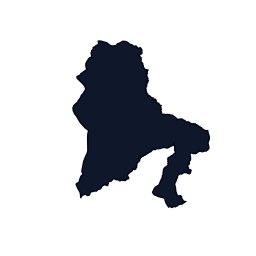 the district of Giron, Azuay, Ecuador, rotated 246°
{"feature_id": "8360857B7998826994941", "entity_name": "Giron", "entity_type": "district", "adm_level": 2, "iso_a3": "ECU", "parent_name": "Ecuador", "parent_adm1": "Azuay", "projection": "albers", "projection_center": [-79.183, -3.175], "detail": "fine", "context": "isolated", "style": "filled", "palette": "ink", "viewbox_px": 256, "rotation_deg": 246, "n_neighbors": 0, "source": "geoboundaries", "source_scale": "gbopen_adm2", "svg_char_len": 5785}
<svg xmlns="http://www.w3.org/2000/svg" viewBox="0 0 256 256"><g transform="rotate(246 128 128)"><path d="M83.2,56.3L84.5,57.5L84.6,58.2L85.1,58.8L85.0,59.6L85.2,60.4L84.9,61.8L84.3,62.8L82.9,63.4L82.6,65.2L82.7,65.8L84.1,66.7L85.0,68.2L84.5,69.1L83.9,72.6L83.3,73.2L84.1,76.3L84.0,76.8L83.7,77.1L83.7,78.0L84.2,79.0L85.0,80.0L85.4,80.3L85.8,82.9L85.5,84.0L84.0,85.5L83.9,86.0L85.1,87.0L85.2,87.3L85.9,87.5L86.8,88.6L86.8,90.1L86.3,90.7L86.8,91.0L86.7,91.7L86.9,92.6L87.7,93.4L87.5,94.1L86.7,95.4L86.0,95.9L85.8,96.4L85.4,96.6L85.0,97.7L83.2,99.0L83.0,99.4L83.2,101.0L82.5,101.5L82.5,101.9L82.1,102.2L82.1,103.4L81.2,103.8L81.7,106.3L81.5,107.8L82.1,108.3L85.0,108.1L85.8,108.9L86.9,112.3L86.9,113.7L87.5,114.6L88.2,114.6L88.5,115.1L88.4,115.9L87.4,117.0L87.4,118.1L87.9,118.4L88.5,119.8L89.7,120.2L90.1,120.7L92.1,121.7L92.2,122.4L92.8,123.2L92.8,124.3L93.4,124.6L93.8,125.6L94.6,125.9L95.3,127.1L96.3,127.5L95.9,128.7L96.3,129.4L96.2,130.7L96.5,131.1L96.3,132.3L96.9,135.6L96.8,136.1L97.3,137.1L97.1,138.3L97.3,139.5L98.0,141.1L98.2,142.5L97.9,143.2L97.3,143.7L97.4,146.1L96.9,147.0L96.4,148.8L96.1,149.0L96.2,150.8L95.8,151.5L96.0,152.3L95.2,153.8L94.6,154.4L93.7,155.9L93.7,157.6L94.1,159.4L93.8,161.7L94.8,163.2L94.1,163.0L92.6,163.3L91.0,162.9L89.5,161.9L86.0,161.3L85.7,160.4L85.8,159.7L85.0,158.3L85.0,156.3L84.4,154.9L84.5,153.9L84.2,153.6L84.5,152.9L84.1,152.2L83.7,152.1L83.1,151.6L81.8,151.3L81.2,150.9L79.8,150.6L79.3,150.0L78.4,149.9L77.8,149.5L77.3,148.3L77.1,147.0L76.9,146.5L76.9,145.9L76.3,144.5L74.8,143.1L72.6,141.8L71.3,141.4L70.2,139.8L68.8,139.5L68.5,138.8L67.1,137.2L63.4,133.2L63.1,132.2L63.0,130.2L62.4,128.2L61.6,127.0L59.3,124.4L58.8,124.3L56.6,124.7L52.7,128.3L50.4,131.4L48.7,133.0L46.6,132.5L43.6,132.3L39.3,133.0L39.4,134.4L38.2,135.3L37.5,136.0L37.8,137.1L37.3,138.4L36.8,139.3L37.0,140.3L36.8,141.2L37.3,142.7L37.3,144.8L36.7,146.1L36.6,147.2L37.1,148.0L37.1,149.5L37.4,150.5L38.7,148.6L39.3,148.8L42.1,148.4L43.3,148.9L44.8,148.4L45.5,146.2L45.8,145.7L46.3,145.5L50.3,145.8L52.6,146.4L53.7,146.9L58.0,147.7L60.2,150.4L61.5,151.4L62.4,152.6L63.2,153.3L64.3,153.7L65.1,156.5L64.2,158.3L64.3,159.4L64.6,160.0L64.5,161.4L63.8,162.6L63.5,163.5L62.5,164.0L61.3,165.3L61.3,166.0L61.5,166.5L63.7,168.4L64.7,167.7L65.7,166.3L66.2,166.3L66.8,166.8L67.9,167.0L68.4,166.5L68.8,166.4L69.6,167.5L70.0,169.0L71.0,169.7L72.6,170.2L72.9,171.2L73.7,172.2L75.0,172.7L75.7,173.2L76.4,173.0L77.0,173.5L78.7,173.8L79.4,174.3L79.8,175.3L77.9,177.6L77.9,179.0L77.3,179.0L77.1,180.1L77.1,180.5L77.8,181.5L77.6,182.6L78.2,183.6L78.1,184.1L77.5,184.2L77.2,185.3L76.6,185.5L76.0,186.6L75.9,188.3L75.2,190.1L75.7,192.1L76.5,193.5L77.7,194.0L81.5,194.8L83.5,196.2L83.9,197.0L86.0,198.3L87.7,198.8L91.2,199.2L93.2,199.7L93.8,198.1L95.6,196.3L96.4,196.0L97.5,195.1L98.3,195.2L98.8,194.4L99.8,194.2L100.8,193.2L101.3,193.1L102.0,192.6L102.4,191.8L102.9,192.1L103.7,191.0L104.2,191.1L104.2,190.7L104.5,190.6L104.5,190.4L104.7,190.2L104.7,189.5L105.3,189.6L105.5,189.4L105.4,188.5L105.6,188.2L107.2,186.7L108.3,186.3L109.3,185.1L109.4,184.3L110.2,183.3L110.7,183.3L112.0,182.6L112.7,181.7L113.2,181.6L113.9,180.9L114.3,180.9L115.8,176.5L118.3,175.6L119.8,174.6L121.3,174.0L122.9,171.5L123.6,171.1L123.8,170.0L124.5,169.4L124.7,167.9L125.8,166.7L125.9,166.2L125.5,165.7L126.2,165.4L126.3,164.6L127.3,164.2L127.8,164.1L127.8,164.6L128.7,164.9L129.3,165.0L129.6,164.7L130.5,164.5L130.9,164.9L131.1,165.9L131.7,166.0L132.4,165.8L133.2,166.3L134.8,166.7L135.0,167.2L136.1,166.3L137.0,166.0L137.6,165.9L138.0,166.1L139.7,164.1L141.6,164.9L142.9,164.7L143.5,164.2L143.6,163.1L144.0,162.3L144.5,162.7L144.9,162.8L145.2,163.1L145.5,162.5L146.5,161.7L147.8,161.0L148.3,160.9L148.7,160.5L148.8,160.1L149.1,160.4L149.8,159.7L151.1,159.7L151.4,159.3L152.1,159.4L152.5,159.0L153.7,159.6L153.9,159.6L154.3,159.3L154.9,159.7L155.4,159.5L155.9,160.1L156.6,159.7L157.4,160.6L158.1,161.0L158.6,162.0L159.2,162.0L159.7,162.4L160.1,162.5L160.3,162.9L161.1,163.6L161.9,163.7L161.8,164.5L162.1,164.6L162.7,164.3L162.5,164.9L162.9,165.6L163.2,165.2L163.6,165.2L163.9,165.6L164.8,166.0L165.3,166.4L165.6,166.2L166.5,166.3L167.2,165.9L167.6,165.9L168.0,166.5L169.2,166.8L170.3,167.9L171.0,168.0L171.6,168.5L172.6,168.9L172.8,169.6L173.6,168.8L173.5,168.4L174.3,167.9L174.5,167.2L175.5,167.0L176.5,167.0L177.0,166.6L177.6,166.6L178.1,167.1L178.8,167.2L179.0,166.6L180.6,167.6L181.1,167.4L181.8,167.4L182.0,167.1L183.9,167.0L185.1,167.8L186.9,168.5L187.7,168.2L188.3,167.6L188.9,167.6L190.2,168.4L190.4,170.6L190.7,171.1L191.8,171.6L192.7,171.8L193.5,172.3L194.1,172.4L196.3,171.9L196.5,170.2L196.7,169.7L197.2,169.4L199.5,168.7L199.9,168.1L200.0,167.0L200.3,166.5L201.4,165.8L202.3,165.5L203.7,163.7L206.5,162.4L208.1,160.7L209.3,158.6L208.9,154.3L209.2,152.7L207.9,150.3L208.8,148.6L209.3,146.7L209.9,146.0L211.6,144.6L214.4,143.3L218.0,139.0L218.8,137.8L219.4,136.2L217.1,135.5L216.2,134.2L216.0,133.5L216.4,132.5L215.6,131.2L215.7,129.1L213.9,128.0L213.3,126.3L211.8,125.9L211.6,125.3L211.6,124.8L210.5,124.7L209.6,124.3L208.9,124.3L207.3,123.4L207.7,122.5L207.7,121.6L207.3,120.5L206.1,118.6L203.9,115.7L201.9,114.8L198.0,113.9L197.5,110.6L196.9,108.7L196.9,107.2L196.5,107.2L195.7,106.6L195.9,105.2L195.6,104.9L195.8,104.1L195.6,103.4L195.8,102.8L195.6,102.3L194.8,102.0L193.7,102.0L187.8,104.4L184.7,105.4L182.1,105.5L180.2,104.9L177.8,101.2L176.7,98.7L175.4,97.4L174.1,95.6L173.4,94.0L171.9,92.3L171.4,90.0L170.4,87.7L169.1,86.2L168.2,85.7L166.0,85.1L162.6,85.1L159.5,85.9L153.7,86.5L151.1,87.1L145.5,89.0L142.0,91.0L141.5,90.9L139.0,89.0L136.0,87.4L123.5,82.1L121.4,80.4L118.9,77.4L115.4,73.9L108.0,68.8L106.8,68.2L105.0,68.3L103.8,68.0L103.4,66.3L103.1,65.5L100.6,63.0L98.3,61.3L98.2,59.2L97.8,57.8L94.1,57.6L88.2,58.1L85.7,57.3L83.2,56.3Z" fill="#0f172a" stroke="#020617" stroke-width="1.5"/></g></svg>